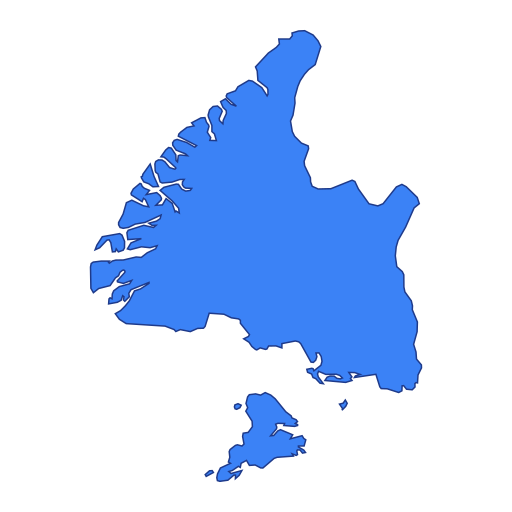 SVG path tracing the border of Southland
{"feature_id": "NZL-3408", "entity_name": "Southland", "entity_type": "Regional Council", "adm_level": 1, "iso_a3": "NZL", "parent_name": "New Zealand", "parent_adm1": "", "projection": "robinson", "projection_center": [167.625, -45.772], "detail": "fine", "context": "isolated", "style": "filled", "palette": "blue", "viewbox_px": 512, "rotation_deg": 0, "n_neighbors": 0, "source": "natural_earth", "source_scale": "10m", "svg_char_len": 6095}
<svg xmlns="http://www.w3.org/2000/svg" viewBox="0 0 512 512"><path d="M417.5,382.9L416.0,382.6L414.9,383.6L415.0,387.0L412.2,389.8L406.5,389.2L403.6,385.6L402.1,385.8L401.9,390.8L398.7,392.5L387.2,388.8L381.2,388.6L379.8,386.8L375.9,374.3L354.4,377.5L355.4,375.9L360.1,374.4L354.7,372.6L348.8,372.4L351.9,376.9L350.4,378.5L352.0,380.5L345.6,382.4L324.9,380.5L327.1,377.2L329.9,376.1L334.1,376.1L336.8,378.3L340.3,378.9L342.4,378.0L339.7,375.4L336.2,374.2L325.8,374.4L318.6,371.3L317.5,373.9L318.3,377.0L323.3,383.7L320.0,383.2L315.7,378.6L313.0,377.5L311.6,374.0L307.6,372.3L306.8,369.3L311.8,368.3L313.1,368.7L313.9,370.8L320.9,365.3L322.0,361.3L321.2,356.5L319.0,352.9L316.0,353.0L316.9,356.7L315.7,360.2L313.4,362.4L311.0,362.1L300.7,343.6L298.7,341.8L295.3,341.0L281.9,343.6L281.9,347.9L276.0,345.9L268.6,346.0L266.9,349.0L265.5,349.4L260.2,347.9L256.8,349.9L255.4,349.4L251.8,346.4L249.1,342.3L243.7,338.8L248.4,336.5L249.5,334.6L240.4,323.3L240.4,320.3L238.6,318.9L231.3,317.8L223.9,314.2L209.2,313.2L205.1,326.4L203.5,328.2L197.6,328.4L190.3,331.6L180.3,329.6L175.8,331.5L174.2,329.6L165.1,326.1L126.2,323.6L119.4,319.3L115.3,313.7L120.6,310.6L125.2,306.0L129.3,300.9L134.5,290.9L140.5,288.9L149.0,283.4L149.0,282.4L131.0,289.7L128.8,293.3L129.3,296.8L124.8,301.3L123.4,299.9L124.0,296.8L122.7,295.7L121.1,300.3L117.3,302.3L108.6,303.9L109.0,298.9L110.1,297.8L112.0,298.8L112.3,294.0L113.7,290.8L119.3,286.6L129.6,283.8L131.7,280.4L123.4,283.4L117.5,281.9L117.2,280.9L124.8,272.4L125.0,271.2L123.8,270.0L122.5,270.3L120.0,272.3L118.5,275.8L115.5,277.8L110.1,285.6L98.7,288.5L93.4,292.7L90.9,288.3L90.5,267.0L91.2,263.5L93.2,262.1L101.0,261.1L109.3,261.1L108.4,262.1L109.3,263.2L112.3,261.0L115.8,260.1L123.3,260.0L136.1,257.0L141.3,257.4L147.2,252.8L155.6,248.8L157.1,245.7L150.1,247.7L141.4,246.8L130.2,249.7L127.4,248.9L131.0,242.9L141.4,238.6L127.8,239.6L126.9,232.7L128.2,230.3L143.8,225.3L153.5,227.5L156.1,225.3L152.0,225.4L148.8,223.2L156.5,221.1L160.1,218.7L161.1,215.0L145.1,222.4L135.2,224.1L128.5,227.4L123.2,228.3L120.1,227.5L118.6,224.8L118.6,222.5L123.1,214.1L126.4,202.7L131.8,200.2L143.5,205.8L148.7,206.8L145.4,199.6L143.5,198.3L142.1,201.7L131.4,194.9L131.0,193.3L133.3,189.0L140.0,183.4L141.2,183.9L142.2,186.4L144.4,188.3L149.5,190.4L146.2,194.6L156.7,192.6L160.1,195.6L161.5,198.3L161.3,199.8L155.8,205.3L162.4,204.9L166.1,198.6L172.2,203.4L175.1,211.9L176.0,211.0L179.3,213.0L178.6,208.2L172.3,201.0L160.1,190.4L163.9,187.3L176.2,184.1L178.4,184.3L181.7,189.1L185.7,191.1L190.3,190.4L191.7,188.4L185.5,188.1L183.8,187.0L182.3,184.7L182.5,181.9L184.2,179.4L179.7,179.5L172.0,182.1L162.2,183.0L160.1,181.9L158.0,174.0L155.8,172.3L155.2,170.6L154.9,164.0L155.7,161.5L158.4,159.9L162.0,160.0L164.9,161.8L169.6,167.6L174.9,169.2L175.9,168.1L175.2,167.2L166.4,159.0L163.9,157.1L160.9,156.8L165.7,150.0L168.6,147.5L171.3,148.1L175.8,154.8L176.1,160.6L177.5,161.9L178.3,155.7L180.1,155.0L187.5,155.7L185.6,153.9L176.2,150.2L172.8,145.3L172.6,142.8L174.2,140.4L177.1,139.4L186.6,142.5L194.8,147.2L196.6,145.6L178.3,136.2L178.8,134.1L180.8,132.0L186.9,127.4L194.0,125.9L191.6,122.8L200.9,117.9L204.9,117.6L206.5,122.3L208.6,125.0L209.0,126.4L207.3,132.2L210.7,137.6L209.8,140.4L216.4,140.6L214.4,133.8L211.9,131.6L211.9,125.5L208.4,116.9L208.1,115.0L209.6,109.8L213.1,106.5L217.5,106.0L221.4,109.3L222.2,111.3L219.2,118.4L219.5,120.6L222.9,123.8L223.2,120.4L226.4,113.5L226.2,110.5L223.0,107.3L220.6,101.6L225.4,98.8L231.0,104.3L236.4,106.2L226.7,97.6L226.2,96.0L227.2,93.8L235.5,90.8L238.0,86.7L248.8,80.4L252.4,81.1L261.8,87.6L267.1,95.9L268.0,94.2L267.9,89.6L267.1,87.7L257.9,80.4L257.2,70.9L255.5,66.9L268.4,53.0L276.3,47.4L279.4,44.0L278.8,39.0L289.7,39.0L292.3,35.8L292.0,33.0L298.6,31.0L304.7,30.7L313.1,35.0L318.0,40.8L320.8,46.5L315.2,64.6L308.6,69.6L304.5,74.2L300.2,80.7L297.8,86.4L294.7,97.7L295.0,103.1L293.0,115.2L290.5,121.0L292.3,131.6L294.6,136.3L301.4,143.1L308.2,145.9L308.6,148.7L304.1,161.3L304.6,165.7L310.4,177.7L310.6,181.9L312.2,186.3L318.2,189.0L330.9,188.7L352.1,180.2L354.9,181.5L358.4,189.0L369.0,203.8L377.8,205.9L383.1,203.7L396.4,186.9L401.9,184.4L406.2,186.7L417.2,197.4L419.3,203.7L414.1,207.9L405.6,227.1L398.1,240.3L396.2,246.9L395.3,255.8L396.8,266.7L402.3,271.6L403.8,274.8L403.9,287.1L404.9,291.9L411.3,300.8L412.5,305.9L412.3,309.7L417.4,322.0L417.1,331.7L413.6,344.3L416.0,352.0L416.5,359.1L421.4,364.9L421.5,367.9L418.0,375.0L417.5,382.9ZM298.4,447.0L303.8,450.1L305.5,452.5L302.5,453.1L300.0,450.0L297.4,449.9L296.8,451.0L297.5,454.6L296.2,455.4L292.1,453.8L293.4,456.1L277.1,457.3L274.1,458.4L262.9,468.0L260.7,467.9L255.2,465.0L249.4,465.4L246.5,460.4L241.1,463.3L240.3,467.4L238.4,466.3L232.3,470.5L228.8,471.5L231.0,473.5L241.9,470.5L239.2,475.3L235.4,478.7L235.5,475.1L233.9,475.1L227.9,480.2L219.9,481.3L217.4,480.6L216.8,477.7L217.5,473.9L220.4,468.0L230.5,463.3L228.4,462.0L229.8,457.3L229.2,451.6L230.1,449.5L235.4,445.4L237.4,444.8L242.0,446.0L244.0,444.0L242.6,436.4L243.2,433.2L248.2,432.4L252.4,426.7L252.1,421.2L245.8,411.2L247.7,407.7L246.0,403.5L247.6,396.9L249.3,394.7L255.6,393.9L260.6,395.1L265.2,392.6L270.8,395.1L275.2,398.8L285.8,411.8L291.2,415.9L291.9,417.9L296.1,419.7L297.5,421.6L295.2,423.5L297.6,424.6L297.6,425.5L294.6,426.4L283.8,425.5L284.6,423.5L277.9,423.3L275.6,424.2L276.8,427.1L276.5,428.8L270.6,435.8L273.7,435.5L277.8,430.9L280.5,429.7L292.7,434.8L290.3,438.8L302.1,435.7L303.8,438.5L305.8,439.8L304.1,446.0L298.4,446.0L298.4,447.0ZM119.7,233.6L122.0,235.1L124.6,241.4L124.5,247.8L123.2,250.2L118.4,251.9L116.2,248.9L115.4,251.6L112.4,251.9L110.8,242.6L109.1,239.8L107.0,240.1L99.6,247.8L95.1,249.8L96.9,245.1L102.3,236.7L119.7,233.6ZM150.2,164.0L154.0,176.4L158.5,186.5L152.9,186.8L148.8,183.8L143.8,181.9L141.5,178.0L141.2,176.8L142.4,176.3L142.9,174.2L150.2,164.0ZM345.3,400.0L347.2,403.3L345.7,406.4L342.0,410.2L342.6,408.7L339.5,404.1L343.1,403.2L345.3,400.0ZM239.9,407.7L236.7,409.3L235.1,408.8L234.4,406.9L234.9,404.9L238.0,403.7L241.2,405.2L239.9,407.7ZM205.2,474.6L209.5,470.8L212.2,470.6L213.4,472.5L206.2,476.4L205.2,474.6Z" fill="#3b82f6" stroke="#1e3a8a" stroke-width="1.5"/></svg>